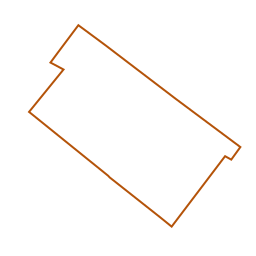 Holmes, Ohio, United States of America, rotated 37°
{"feature_id": "52423323B45716544412555", "entity_name": "Holmes", "entity_type": "district", "adm_level": 2, "iso_a3": "USA", "parent_name": "United States of America", "parent_adm1": "Ohio", "projection": "mercator", "projection_center": [-81.953, 40.556], "detail": "fine", "context": "isolated", "style": "outline", "palette": "amber", "viewbox_px": 256, "rotation_deg": 37, "n_neighbors": 0, "source": "geoboundaries", "source_scale": "gbopen_adm2", "svg_char_len": 331}
<svg xmlns="http://www.w3.org/2000/svg" viewBox="0 0 256 256"><g transform="rotate(37 128 128)"><path d="M60.0,75.5L26.5,75.8L26.6,110.0L26.7,122.4L41.3,120.1L39.3,174.7L141.0,178.1L143.1,178.5L208.2,180.0L222.2,180.5L222.5,92.1L229.5,91.1L229.2,75.6L148.6,76.0L60.0,75.5Z" fill="none" stroke="#b45309" stroke-width="2"/></g></svg>